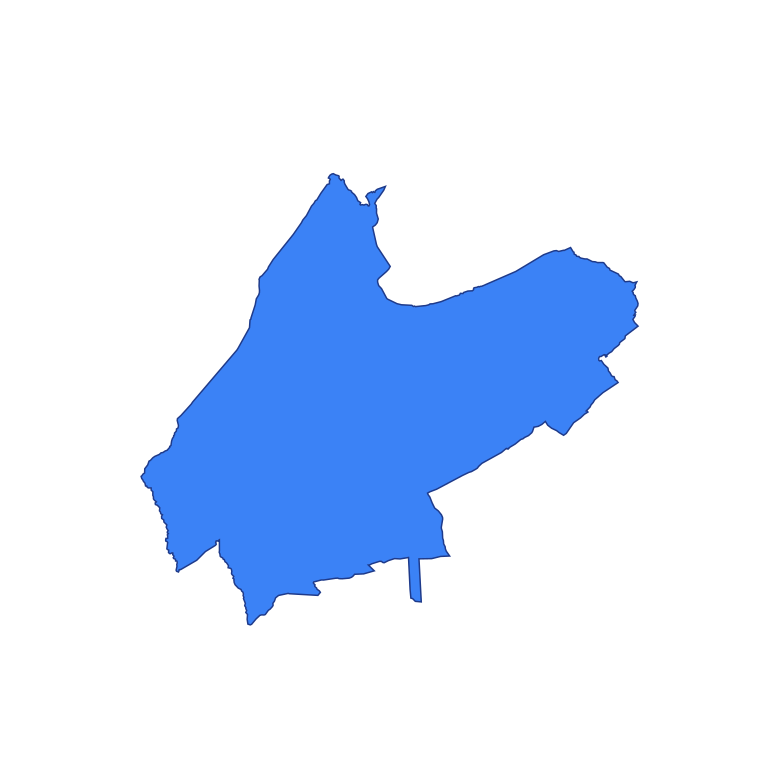 outline of Ladesti, Vâlcea, Romania, rotated 332°
{"feature_id": "2599482B93203589904447", "entity_name": "Ladesti", "entity_type": "district", "adm_level": 2, "iso_a3": "ROU", "parent_name": "Romania", "parent_adm1": "Vâlcea", "projection": "natural_earth1", "projection_center": [24.033, 44.869], "detail": "fine", "context": "isolated", "style": "filled", "palette": "blue", "viewbox_px": 768, "rotation_deg": 332, "n_neighbors": 0, "source": "geoboundaries", "source_scale": "gbopen_adm2", "svg_char_len": 6171}
<svg xmlns="http://www.w3.org/2000/svg" viewBox="0 0 768 768"><g transform="rotate(332 384 384)"><path d="M518.5,513.6L521.7,513.2L533.3,507.2L541.6,506.2L546.7,504.8L550.9,504.5L550.6,503.2L550.0,502.7L555.1,501.1L556.9,499.7L560.0,498.5L562.6,496.9L573.3,494.4L591.4,492.6L591.1,490.5L590.1,488.8L590.6,485.5L589.3,484.6L588.8,483.3L588.8,480.4L588.3,477.9L589.2,475.1L587.4,469.9L586.9,465.3L585.3,464.9L584.8,464.0L585.4,462.4L586.4,461.4L587.5,461.0L588.4,461.6L592.1,461.4L593.7,462.7L592.5,462.8L592.6,464.3L594.0,464.1L594.2,463.1L597.3,462.4L600.2,462.3L603.8,460.8L609.1,459.9L610.6,459.3L611.5,458.1L618.0,457.0L619.7,454.8L635.5,452.2L634.1,447.3L634.1,443.8L637.4,442.1L638.1,441.3L637.5,441.3L636.8,440.6L640.0,438.9L639.7,438.5L639.9,436.8L644.7,434.2L646.1,432.2L646.6,429.6L646.7,426.3L647.3,424.0L646.7,423.0L646.4,421.4L646.9,420.3L646.7,418.6L648.9,418.0L651.1,416.8L651.9,415.5L651.9,414.7L655.1,412.5L652.1,411.8L651.1,411.2L649.2,408.7L645.1,407.0L644.7,406.5L643.6,400.4L642.6,398.9L642.6,397.0L637.2,389.8L637.0,389.2L637.3,388.4L637.2,387.6L635.9,385.6L635.0,380.3L634.3,379.5L629.5,377.0L627.9,375.3L625.4,373.7L622.0,368.9L620.1,367.9L617.0,365.3L616.1,364.0L616.0,363.0L614.1,361.7L614.1,360.2L612.9,358.6L613.6,356.8L613.1,356.2L612.8,351.1L605.6,350.6L605.3,350.2L600.5,349.0L598.8,347.1L596.4,346.2L585.7,344.8L553.2,346.5L516.2,343.6L514.8,343.0L513.8,343.0L513.1,342.3L511.4,342.2L508.7,341.3L507.8,341.9L507.4,342.8L505.8,343.2L501.7,341.3L497.4,340.6L496.2,341.2L494.0,339.8L492.3,340.9L489.2,340.2L488.6,339.7L473.1,338.1L464.8,336.1L462.2,334.9L460.8,335.1L457.8,334.4L448.0,330.4L447.6,329.6L446.4,329.4L445.5,327.6L436.7,322.3L433.2,319.2L426.9,310.6L426.6,309.6L426.6,298.6L425.5,294.6L426.2,291.0L427.3,289.0L429.5,288.1L438.9,285.9L442.1,284.8L444.7,283.1L442.5,259.6L442.9,257.1L447.4,240.7L447.7,240.0L451.0,239.6L453.7,238.4L456.4,235.6L457.6,229.6L459.7,225.8L459.7,225.0L460.9,222.8L460.6,220.2L464.7,217.5L466.9,216.8L474.7,212.8L478.0,210.2L469.5,208.9L467.0,209.4L465.9,210.5L465.4,210.2L464.9,209.1L463.5,209.5L463.2,208.5L459.3,208.3L456.0,209.9L456.4,212.7L456.2,216.1L455.5,218.8L454.3,219.7L453.7,219.4L453.5,217.8L452.8,217.1L451.9,216.7L450.3,216.6L449.3,215.6L447.3,214.9L447.1,214.1L448.5,212.9L446.9,209.9L447.3,206.4L446.9,202.9L445.5,199.5L445.8,198.5L445.1,197.2L443.8,195.9L443.6,195.2L443.3,189.1L443.6,187.2L444.3,186.0L444.1,184.0L443.5,183.7L441.7,184.1L441.0,180.9L441.8,179.7L441.8,178.9L439.5,176.7L438.0,174.5L436.4,174.1L434.4,174.3L432.1,175.5L431.6,176.0L432.5,177.2L432.6,178.2L431.2,179.0L429.8,181.6L427.4,181.2L417.7,186.0L411.0,190.0L409.6,189.9L406.9,191.6L403.5,192.9L394.6,198.9L389.3,201.1L386.7,202.9L374.0,209.4L344.5,222.1L337.1,226.3L335.1,228.0L327.2,231.1L324.8,231.3L322.8,232.9L322.5,234.0L319.7,238.8L318.0,242.9L316.9,244.8L315.2,246.5L311.2,248.9L307.4,253.7L297.4,263.4L297.1,264.1L295.8,264.5L291.7,271.1L272.1,283.8L270.0,285.0L206.5,310.1L204.3,311.3L189.9,316.5L185.4,317.6L184.3,319.1L183.1,324.0L182.1,325.5L181.2,326.2L179.7,326.3L178.5,328.1L176.0,329.0L175.2,330.5L174.1,330.8L173.5,331.8L171.6,332.8L169.7,334.6L167.0,338.3L165.5,338.5L165.3,339.2L161.4,340.7L159.2,340.4L156.7,340.7L154.8,340.1L152.6,340.7L147.6,340.3L145.3,340.6L141.9,341.8L140.3,341.8L137.4,344.5L133.0,346.5L130.8,350.2L128.9,350.4L127.1,351.4L126.2,351.5L125.7,353.8L126.0,355.2L125.9,357.0L126.4,359.3L125.6,362.1L126.6,362.7L126.4,363.4L127.0,365.0L129.6,366.5L128.6,368.4L129.3,370.6L127.6,373.8L127.5,375.3L126.5,377.2L126.8,379.0L127.7,381.2L126.1,381.6L125.6,383.1L126.9,384.6L127.9,388.0L126.2,390.6L126.5,392.0L126.0,393.7L127.0,395.5L125.6,396.2L124.6,398.3L125.7,400.6L124.9,402.6L126.1,406.4L124.5,408.2L124.4,410.0L124.6,412.2L123.4,412.7L122.8,413.6L123.4,414.7L121.8,415.5L121.7,416.5L120.5,418.7L119.0,418.0L117.9,419.3L117.6,420.3L118.5,421.4L118.6,422.3L114.9,427.6L115.0,428.3L115.9,429.6L114.6,431.7L115.1,433.1L115.5,433.5L117.6,433.6L118.2,434.2L117.3,435.5L117.7,436.9L117.4,437.9L116.3,438.5L116.5,439.6L117.6,440.8L116.9,442.4L117.9,442.9L118.0,443.3L117.4,445.0L116.4,445.9L115.6,447.8L113.1,450.7L112.9,451.4L113.0,452.1L114.3,453.5L115.4,452.6L115.6,452.0L116.8,452.0L117.2,452.4L135.9,451.7L147.7,448.1L159.5,447.3L160.7,446.7L160.9,445.0L161.5,444.7L161.8,443.9L162.9,444.0L163.9,445.0L164.5,444.4L165.5,444.3L160.4,454.0L159.5,455.2L159.3,457.1L158.5,459.2L158.6,459.8L159.9,461.8L159.8,463.4L160.6,464.0L160.2,466.3L161.0,467.8L161.4,471.3L160.1,473.0L162.0,474.8L162.3,475.8L161.7,477.9L160.4,479.7L160.3,480.8L161.0,483.3L159.4,484.6L160.0,485.9L159.3,486.9L158.5,489.0L158.3,491.3L159.5,495.8L161.3,498.3L161.1,500.0L161.7,501.5L161.3,503.4L160.3,504.6L160.1,506.6L159.2,507.4L158.6,512.6L156.9,514.4L157.1,516.5L156.5,517.6L156.5,519.4L154.7,520.9L155.3,523.4L152.7,527.5L151.1,532.1L152.8,533.9L154.3,534.0L160.7,531.4L165.8,530.0L167.6,530.4L169.6,531.6L171.0,531.8L175.7,529.5L177.8,529.3L181.1,528.1L182.2,527.3L182.9,525.5L185.3,524.3L187.9,521.9L191.7,521.2L201.1,523.9L201.9,524.7L226.4,539.6L230.0,538.1L229.8,536.3L228.5,533.7L228.7,532.5L227.9,530.4L228.1,529.5L228.8,529.1L228.2,526.8L228.5,526.1L229.0,525.8L236.6,527.6L238.6,528.7L249.8,532.7L251.9,533.6L253.0,534.8L255.6,536.3L262.2,539.1L264.7,539.4L266.8,539.0L268.7,538.2L276.9,542.1L287.7,544.4L285.2,536.5L286.6,537.0L288.8,537.0L296.8,538.5L298.3,539.3L299.3,541.2L300.3,541.9L304.9,542.0L311.3,543.1L316.1,546.0L324.2,548.7L310.6,577.6L307.2,585.7L308.5,586.9L309.6,590.6L314.6,593.9L332.8,554.8L344.2,560.6L353.0,562.8L361.2,566.7L360.5,560.9L360.8,558.4L361.6,556.3L361.6,553.3L363.0,550.0L363.4,547.7L366.2,541.8L366.8,538.6L367.4,537.3L372.4,530.8L373.1,529.2L373.3,526.4L372.4,521.6L370.5,517.3L370.7,511.5L371.4,505.3L371.0,502.4L371.2,500.8L373.7,500.7L381.1,501.6L410.5,501.6L417.5,501.9L420.1,502.4L425.1,502.3L427.0,502.1L428.8,501.2L433.2,500.0L455.6,499.6L461.7,498.3L462.2,499.2L463.3,499.1L463.3,499.6L465.6,498.9L471.6,498.6L478.8,497.2L481.0,497.6L483.1,497.2L487.4,497.4L491.6,496.4L493.0,495.5L496.1,492.5L500.3,493.8L504.4,493.8L508.9,492.8L509.2,497.2L511.2,501.7L514.5,506.2L515.8,509.1L518.5,513.6Z" fill="#3b82f6" stroke="#1e3a8a" stroke-width="1.5"/></g></svg>